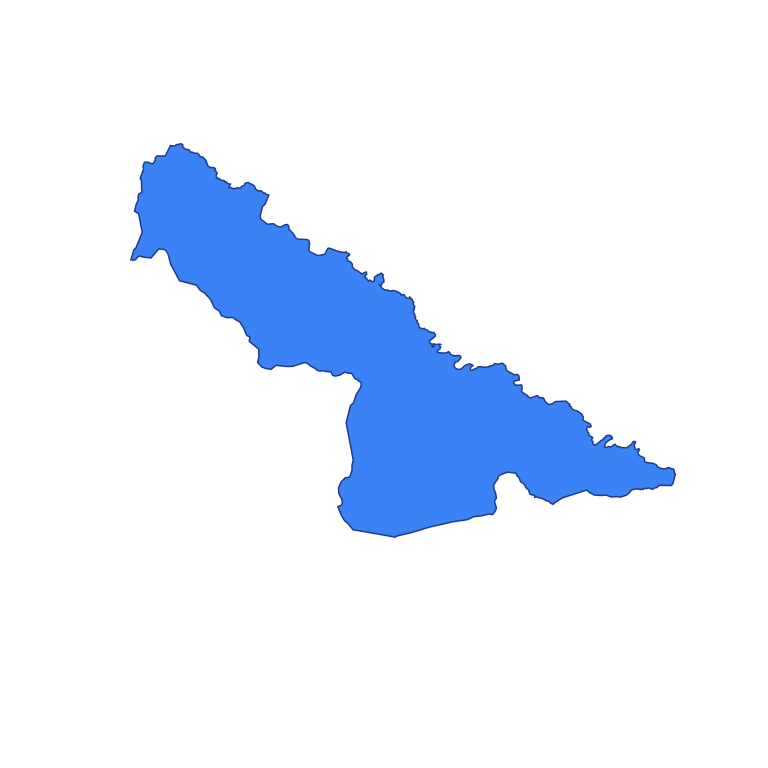 the district of Wenchi Municipal, Brong Ahafo, Ghana, rotated 112°
{"feature_id": "2480657B27014820297576", "entity_name": "Wenchi Municipal", "entity_type": "district", "adm_level": 2, "iso_a3": "GHA", "parent_name": "Ghana", "parent_adm1": "Brong Ahafo", "projection": "robinson", "projection_center": [-2.148, 7.803], "detail": "fine", "context": "isolated", "style": "filled", "palette": "blue", "viewbox_px": 768, "rotation_deg": 112, "n_neighbors": 0, "source": "geoboundaries", "source_scale": "gbopen_adm2", "svg_char_len": 6154}
<svg xmlns="http://www.w3.org/2000/svg" viewBox="0 0 768 768"><g transform="rotate(112 384 384)"><path d="M515.1,380.8L522.3,373.7L525.6,369.2L526.8,365.3L530.7,358.2L521.7,315.9L520.3,315.4L511.2,302.5L499.7,288.3L485.9,268.5L478.7,256.1L473.5,251.2L469.9,244.6L465.2,237.8L464.6,234.7L462.6,233.7L458.1,233.1L456.5,233.6L452.0,237.2L450.2,237.7L447.7,237.0L443.4,239.6L440.5,242.6L436.5,244.6L429.0,242.9L426.9,243.5L424.3,241.7L419.4,236.4L417.2,228.0L419.3,226.3L420.2,223.7L423.1,221.1L423.9,219.6L423.7,218.3L425.0,215.7L427.0,213.6L428.2,210.2L431.6,207.3L430.9,202.7L432.6,201.8L431.6,200.2L430.9,194.5L431.5,189.4L430.8,187.7L432.2,184.4L432.1,181.9L430.8,181.6L422.8,176.0L406.3,156.2L407.6,153.1L408.2,147.6L406.0,140.7L403.8,136.5L403.6,131.0L401.3,126.1L400.3,122.4L396.1,117.4L391.4,115.1L390.5,115.4L388.4,113.4L386.2,109.7L385.9,107.0L384.6,104.2L383.3,104.1L382.8,101.6L381.3,99.9L381.0,95.3L379.5,94.8L377.8,92.3L374.8,90.8L370.6,79.7L368.4,78.8L358.3,80.0L358.1,81.1L354.9,82.9L354.4,84.2L355.2,86.2L354.6,87.4L354.9,88.8L357.4,91.7L358.5,95.2L358.3,99.6L357.0,101.1L356.7,104.4L358.8,112.8L355.0,115.1L354.7,120.5L353.4,122.3L352.6,123.0L349.3,122.5L348.7,123.1L348.9,124.1L350.4,125.2L350.1,127.1L346.7,129.1L343.6,128.9L343.3,129.9L344.1,131.4L347.8,132.2L352.4,135.3L353.9,140.0L354.1,143.5L354.7,144.1L353.4,147.4L357.5,150.2L357.7,152.1L359.7,154.2L359.6,155.5L358.9,156.1L355.5,156.5L351.5,154.0L349.2,151.8L348.4,151.9L347.2,153.7L347.2,156.2L347.8,157.4L349.2,158.9L350.5,158.9L352.0,160.0L353.8,160.2L354.8,161.4L360.4,164.3L361.1,164.8L361.6,166.8L360.6,168.4L358.8,169.0L358.5,170.5L355.4,170.5L354.9,174.3L352.7,176.2L350.5,179.1L347.1,179.4L347.2,177.3L345.9,176.0L343.9,177.6L343.1,185.9L339.7,187.0L337.6,189.8L336.5,195.2L337.0,196.6L336.6,200.5L335.0,202.0L335.1,203.9L333.5,203.7L331.7,208.9L336.0,218.3L339.8,221.0L341.4,224.0L339.8,228.1L337.4,230.7L337.4,232.4L338.5,234.7L337.3,237.5L342.0,242.8L341.9,245.4L341.0,246.5L339.9,252.8L338.1,254.2L336.6,254.0L333.5,255.9L333.5,256.8L334.1,257.1L334.9,259.8L335.9,260.9L335.1,263.4L333.9,264.5L332.4,264.2L329.6,260.0L325.7,262.1L325.2,264.0L326.6,266.9L325.5,275.3L323.4,277.2L321.7,277.9L320.3,282.1L323.1,285.9L323.6,289.0L326.1,290.1L327.8,292.8L329.2,293.8L331.2,297.8L331.4,300.0L332.8,303.2L334.3,303.8L338.4,307.7L338.7,309.0L336.4,310.1L333.7,308.4L333.3,308.7L333.3,312.3L336.0,315.5L341.0,318.0L342.3,319.5L342.9,323.1L341.0,326.1L337.0,326.2L335.3,323.9L330.8,322.5L329.6,323.5L329.4,325.2L331.8,329.7L331.4,330.4L331.9,332.3L331.2,334.0L330.3,334.6L329.9,336.4L331.6,337.6L332.8,339.8L334.1,343.7L334.4,346.5L333.0,347.0L331.1,345.5L328.4,345.3L327.9,346.7L326.9,347.2L326.1,346.4L326.0,347.0L327.9,350.7L328.3,353.3L330.6,351.6L331.7,353.0L330.0,353.7L329.0,355.4L329.2,356.6L327.0,358.0L320.8,354.5L318.9,354.7L317.6,357.1L318.5,358.8L318.1,359.6L318.8,361.6L317.9,363.3L317.9,366.6L317.3,367.4L318.3,368.8L318.5,372.5L315.1,374.7L314.5,376.5L312.8,376.9L312.6,378.3L311.0,379.8L309.9,379.8L309.3,381.2L308.1,381.4L306.5,383.5L305.1,384.1L303.5,383.9L303.4,384.6L301.0,384.2L299.0,386.9L296.8,387.1L296.0,389.2L294.9,389.5L295.0,391.7L294.1,391.7L293.8,392.7L294.8,392.4L295.9,395.9L293.6,398.8L294.9,401.8L293.8,403.3L293.4,407.2L294.0,410.8L295.6,413.3L295.4,414.9L296.4,418.5L295.7,422.2L293.7,424.9L293.8,423.5L290.7,423.4L289.5,422.3L287.2,423.3L284.4,425.7L283.3,425.5L282.3,427.1L282.4,428.5L283.5,428.7L285.2,431.1L286.3,430.9L287.5,432.4L288.9,432.8L291.8,431.8L293.1,432.1L293.5,433.7L292.9,436.0L294.5,437.1L293.1,438.9L291.7,442.4L288.8,441.1L286.9,442.2L287.4,443.4L290.3,445.6L288.8,451.8L289.0,454.0L287.2,457.3L284.6,458.4L283.2,461.2L283.3,464.1L281.7,464.5L281.4,465.7L280.3,466.3L279.1,465.2L278.2,465.3L277.9,464.5L276.6,464.5L276.2,468.0L275.7,468.6L276.9,470.2L278.0,474.3L278.6,486.0L279.4,486.9L285.5,487.5L286.6,488.4L289.7,493.6L289.2,502.3L287.8,503.9L281.6,505.6L279.2,507.5L278.9,509.4L281.9,518.0L281.7,520.3L278.5,524.5L276.1,530.1L273.1,531.7L272.3,533.2L273.4,535.4L277.5,538.9L277.7,542.6L276.8,546.6L279.5,551.8L277.6,559.1L276.7,560.5L274.6,561.7L265.3,563.1L261.2,561.6L252.0,561.6L252.2,565.4L251.5,566.0L252.0,566.9L250.9,570.7L252.0,572.3L251.9,573.5L251.3,576.3L249.3,577.9L248.7,579.2L248.0,585.4L249.9,587.9L252.4,588.1L253.7,589.7L256.3,590.9L257.1,593.7L259.5,596.6L259.2,598.7L259.8,601.4L256.2,601.3L256.7,603.1L256.5,604.6L255.6,605.7L256.3,607.2L255.2,608.4L256.1,611.0L255.4,612.9L256.3,614.2L255.2,615.0L255.5,616.5L253.1,617.9L251.5,617.5L249.9,618.9L249.7,620.7L247.4,621.2L247.1,623.4L248.3,625.3L247.8,629.1L245.6,630.7L245.2,632.2L243.8,632.2L241.6,636.5L241.8,640.4L240.4,641.7L240.1,644.1L240.9,645.2L240.9,649.0L241.6,650.2L239.8,652.9L240.7,655.5L239.5,659.6L237.7,660.1L237.3,660.8L237.6,663.0L239.2,664.5L239.7,666.2L241.9,667.1L242.3,669.4L243.0,670.5L242.8,671.3L254.6,672.2L257.5,679.7L259.8,680.8L261.9,680.0L266.0,680.5L267.0,682.9L266.6,685.0L267.6,688.6L268.9,689.2L272.5,689.0L274.5,687.5L284.6,687.1L286.6,684.8L294.9,681.4L295.5,680.6L297.4,680.6L299.7,682.5L302.4,682.3L305.5,680.7L310.0,681.1L317.3,680.0L318.0,675.3L333.8,665.0L350.9,665.0L353.1,666.2L363.7,665.2L363.1,662.7L361.7,660.9L359.2,660.3L356.8,658.6L356.6,655.1L354.4,647.2L343.3,643.5L341.7,638.9L342.1,635.8L344.6,632.8L352.9,626.6L364.9,612.2L362.6,594.9L366.0,589.5L367.2,582.8L368.1,582.2L369.5,578.4L371.7,575.2L376.2,570.6L377.1,568.9L378.0,564.1L381.5,560.4L381.3,554.2L378.9,549.0L379.9,545.7L380.4,541.3L384.3,535.5L390.4,529.4L390.6,525.9L394.9,525.0L398.5,513.4L405.8,510.1L411.4,509.3L413.9,504.0L414.0,500.2L412.7,494.1L407.2,491.3L404.4,481.3L401.9,475.3L393.8,465.7L393.7,462.1L394.8,458.9L395.4,453.6L396.2,451.9L396.3,449.0L394.2,444.8L394.3,442.1L393.6,441.6L392.7,437.7L395.3,434.6L395.2,433.9L394.8,431.9L392.3,428.3L387.6,424.7L387.5,421.2L386.4,418.6L386.6,417.4L390.0,412.9L390.0,409.8L390.7,408.9L391.1,406.2L392.4,405.1L396.0,404.4L405.0,405.8L412.7,405.2L416.7,407.0L434.0,404.6L466.1,384.0L471.1,383.3L476.1,381.3L483.2,381.0L485.7,384.9L491.0,387.1L497.4,387.3L502.7,384.7L506.6,380.1L509.7,378.1L512.2,378.1L515.1,380.8Z" fill="#3b82f6" stroke="#1e3a8a" stroke-width="1.5"/></g></svg>